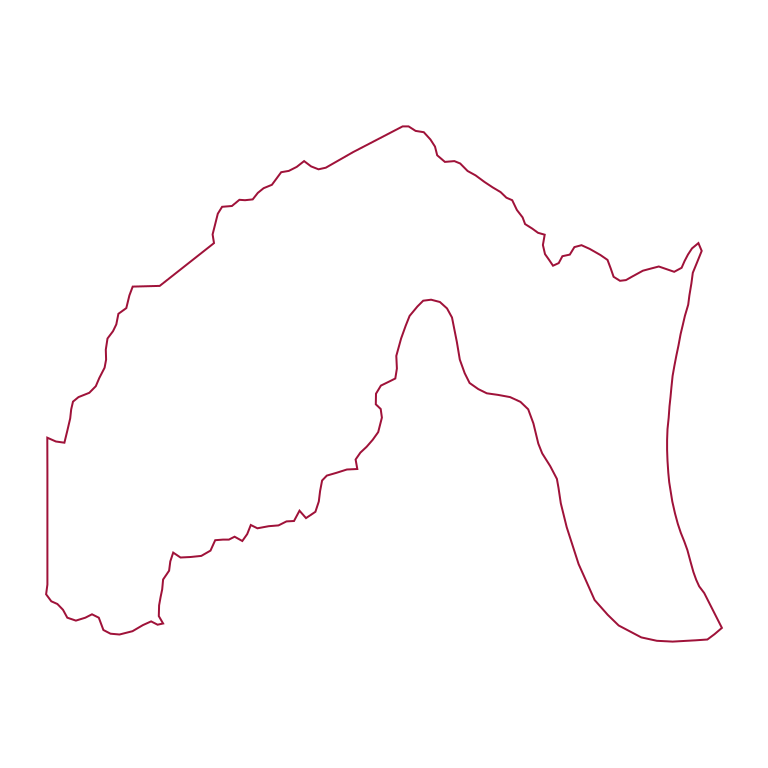 Ituberá, Bahia, Brazil (Equal Earth projection)
{"feature_id": "56859067B48317251517173", "entity_name": "Ituberá", "entity_type": "district", "adm_level": 2, "iso_a3": "BRA", "parent_name": "Brazil", "parent_adm1": "Bahia", "projection": "equal_earth", "projection_center": [-39.132, -13.75], "detail": "fine", "context": "isolated", "style": "outline", "palette": "rose", "viewbox_px": 768, "rotation_deg": 0, "n_neighbors": 0, "source": "geoboundaries", "source_scale": "gbopen_adm2", "svg_char_len": 2936}
<svg xmlns="http://www.w3.org/2000/svg" viewBox="0 0 768 768"><path d="M721.9,627.9L704.2,593.0L699.2,586.4L696.2,579.8L693.4,572.0L690.6,562.0L687.4,550.1L684.3,541.5L680.8,532.8L677.8,523.8L675.0,513.4L672.3,501.5L670.4,489.7L669.2,482.1L668.3,472.8L667.5,460.8L667.1,450.0L667.1,439.8L667.5,429.2L668.7,417.5L669.5,406.4L670.5,397.1L671.4,387.5L672.6,375.9L674.4,365.8L676.3,355.9L678.5,345.4L680.6,334.1L682.8,324.9L684.9,315.9L688.2,304.7L689.4,295.4L691.4,283.4L692.8,272.8L697.1,262.3L701.7,250.9L698.4,243.1L692.0,248.4L688.0,254.5L684.6,261.0L681.6,267.8L674.2,271.8L665.8,268.9L658.8,266.5L651.5,268.4L642.9,270.7L632.3,276.5L625.9,280.1L620.0,280.8L613.6,276.8L610.7,268.4L607.5,259.9L600.4,255.0L589.7,248.9L581.5,245.2L574.4,247.1L569.8,254.6L562.4,256.2L558.7,263.1L553.0,265.7L549.1,259.9L545.0,254.1L542.9,245.0L544.7,234.7L538.0,232.8L532.1,228.5L525.1,224.1L522.6,217.4L516.9,210.0L512.2,200.2L506.4,197.7L500.6,192.1L492.7,187.4L484.4,181.9L475.6,175.4L467.6,171.0L460.2,163.5L454.4,161.1L444.9,161.9L437.2,155.3L435.0,146.6L430.5,139.6L423.8,132.2L415.6,130.9L408.6,126.4L402.6,126.4L353.1,152.1L325.8,167.7L318.5,169.3L311.1,166.4L304.1,161.1L296.7,166.9L288.8,170.9L281.2,172.2L271.9,184.8L263.6,188.2L257.8,192.9L252.7,199.4L245.0,200.2L239.4,199.8L231.9,206.0L222.1,206.8L217.8,213.7L215.1,224.5L212.6,234.4L214.0,243.1L159.7,285.9L132.7,286.6L129.4,295.4L126.3,308.1L118.4,313.8L116.3,324.4L113.0,331.2L107.5,338.5L105.8,349.6L106.1,359.6L104.6,367.7L99.3,378.0L95.8,386.2L89.3,392.8L78.5,397.1L73.0,401.6L71.2,409.3L70.2,418.4L67.3,430.8L64.4,442.7L55.9,441.5L47.3,437.7L47.4,472.0L47.4,521.0L47.4,584.6L46.1,594.3L51.3,601.3L57.4,604.0L63.0,609.8L67.3,617.7L75.9,620.6L85.3,617.7L92.0,614.3L98.8,617.7L103.4,630.0L110.5,633.7L119.5,634.5L132.5,631.2L142.9,625.1L151.1,621.4L157.6,624.7L163.1,623.5L158.8,616.1L159.1,605.3L160.6,597.0L162.2,589.3L163.1,579.5L169.1,570.7L170.3,561.4L173.2,552.6L180.5,557.5L190.6,557.0L201.3,555.9L210.5,550.6L215.2,540.2L223.0,539.6L228.9,539.6L234.6,536.7L242.3,541.0L247.2,534.1L250.8,525.0L257.4,528.3L268.7,526.2L278.5,525.4L286.5,521.4L294.0,521.0L299.5,510.7L306.0,518.1L315.4,511.8L318.8,501.5L320.1,491.0L322.1,480.5L326.8,475.6L336.5,472.8L346.9,469.5L357.3,469.0L355.6,459.5L360.4,452.6L366.6,446.8L372.7,439.8L378.2,432.1L381.9,417.6L380.7,409.0L375.8,404.3L376.0,393.7L380.9,385.6L388.9,381.7L395.3,378.5L396.9,368.5L396.3,355.9L401.1,338.5L405.7,325.7L409.6,315.9L417.4,306.5L423.2,300.7L431.1,299.7L439.9,302.0L447.0,308.4L452.0,317.5L456.9,342.2L458.3,350.6L459.8,359.6L464.7,373.2L469.6,383.0L478.3,389.1L486.8,393.3L498.1,394.9L510.1,397.1L520.5,401.9L528.2,409.3L533.4,423.4L538.3,443.6L542.2,453.4L550.2,466.1L556.9,478.9L558.5,487.9L560.8,503.3L566.7,527.2L578.6,564.1L584.7,577.7L594.6,600.0L607.7,614.8L618.7,625.5L641.3,637.4L656.9,640.8L672.6,641.6L695.8,640.3L707.4,639.5L714.5,634.2L721.9,627.9Z" fill="none" stroke="#9f1239" stroke-width="2"/></svg>